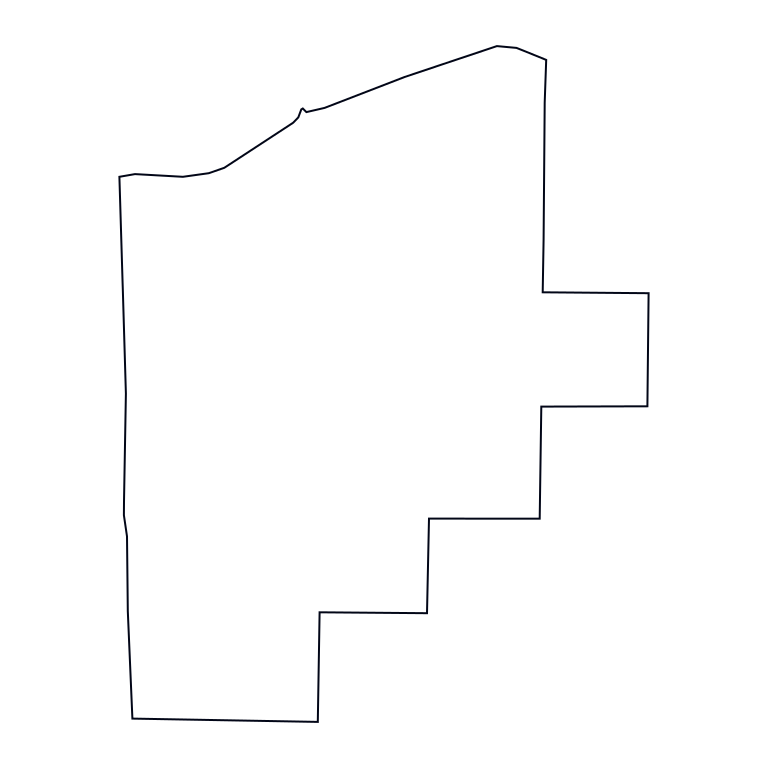 Lorain, Ohio, United States of America
{"feature_id": "52423323B65155384259912", "entity_name": "Lorain", "entity_type": "district", "adm_level": 2, "iso_a3": "USA", "parent_name": "United States of America", "parent_adm1": "Ohio", "projection": "mercator", "projection_center": [-82.147, 41.29], "detail": "fine", "context": "isolated", "style": "outline", "palette": "ink", "viewbox_px": 768, "rotation_deg": 0, "n_neighbors": 0, "source": "geoboundaries", "source_scale": "gbopen_adm2", "svg_char_len": 565}
<svg xmlns="http://www.w3.org/2000/svg" viewBox="0 0 768 768"><path d="M647.4,406.3L648.6,293.2L542.7,292.3L543.6,239.2L544.7,102.5L546.2,59.9L523.3,50.6L516.5,47.9L496.9,46.1L441.0,64.8L404.6,77.0L324.6,107.9L306.4,112.1L302.8,108.5L301.3,109.4L298.3,117.4L293.2,122.7L224.3,167.8L208.8,173.2L182.9,176.8L135.0,174.1L119.4,176.8L122.6,283.1L122.8,289.0L125.9,393.6L124.0,501.6L123.9,515.2L127.0,536.4L127.8,611.1L132.4,718.6L317.8,721.9L319.6,612.3L427.0,613.2L429.0,518.6L539.7,518.7L541.3,406.6L647.4,406.3Z" fill="none" stroke="#020617" stroke-width="2"/></svg>